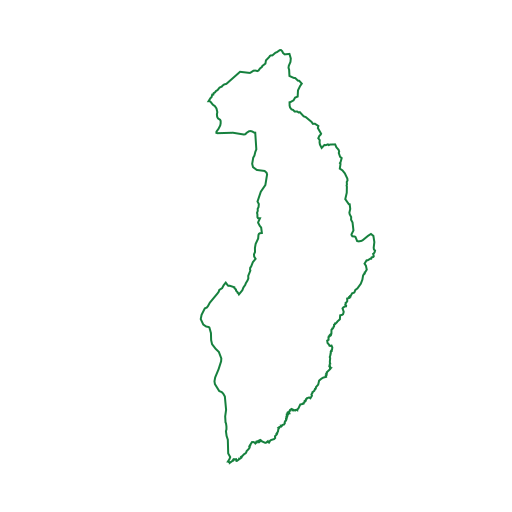 the district of Sekyere East, Ashanti, Ghana, rotated 33°
{"feature_id": "2480657B61321065662810", "entity_name": "Sekyere East", "entity_type": "district", "adm_level": 2, "iso_a3": "GHA", "parent_name": "Ghana", "parent_adm1": "Ashanti", "projection": "equal_earth", "projection_center": [-1.328, 6.78], "detail": "fine", "context": "isolated", "style": "outline", "palette": "green", "viewbox_px": 512, "rotation_deg": 33, "n_neighbors": 0, "source": "geoboundaries", "source_scale": "gbopen_adm2", "svg_char_len": 6133}
<svg xmlns="http://www.w3.org/2000/svg" viewBox="0 0 512 512"><g transform="rotate(33 256 256)"><path d="M142.3,110.2L137.4,127.8L135.9,129.4L135.1,131.5L135.1,132.5L133.7,134.6L133.4,137.8L132.6,139.4L132.5,141.1L131.8,142.5L132.3,143.9L131.4,144.5L132.2,147.0L131.8,148.5L131.9,152.0L132.8,151.4L134.1,151.5L137.4,152.6L139.9,152.7L142.5,153.8L145.2,156.4L146.0,158.4L147.6,160.4L149.2,161.3L151.7,161.3L152.8,162.0L154.1,164.0L154.9,166.0L155.3,169.8L155.1,173.2L155.7,174.3L156.8,174.0L169.5,165.2L179.7,160.7L180.8,159.6L181.0,158.0L182.2,155.2L183.5,154.1L185.2,153.6L187.4,153.5L188.2,153.0L198.2,166.4L198.7,169.0L200.0,172.7L200.1,175.0L202.6,180.8L205.1,183.1L209.8,183.4L216.9,180.0L219.5,180.4L220.9,181.6L225.2,191.4L225.0,199.4L227.6,209.5L230.1,210.9L231.5,213.6L231.7,215.5L232.9,217.2L233.4,219.3L234.4,220.2L236.1,222.7L237.1,223.2L238.8,222.2L239.4,226.4L239.6,226.9L242.8,228.7L244.8,229.3L248.4,233.5L246.7,235.0L246.4,235.9L246.6,237.0L248.3,240.2L249.1,246.0L250.7,249.8L253.0,253.2L253.4,255.7L254.8,257.5L257.2,258.6L256.7,262.8L257.7,267.7L257.5,268.8L258.3,270.5L259.2,271.3L260.3,276.9L261.8,279.0L262.2,281.1L262.3,284.5L262.7,286.0L262.6,289.3L263.2,292.2L262.6,297.5L261.4,296.8L260.7,296.9L260.2,296.4L258.1,295.9L257.4,295.0L255.6,294.8L254.9,294.0L250.0,295.3L249.6,295.8L248.6,296.1L245.1,294.8L244.8,298.3L245.1,301.4L243.7,304.5L244.2,306.2L244.1,308.4L242.7,320.3L243.0,324.2L242.8,326.1L241.6,327.8L242.4,335.0L244.0,339.0L249.1,342.2L252.6,342.3L255.1,341.3L255.9,341.4L260.2,345.2L264.2,351.0L267.2,353.9L272.6,355.8L277.1,356.7L282.7,360.8L284.1,363.3L286.3,371.4L287.9,380.1L289.4,383.7L291.3,385.8L298.7,389.3L301.4,388.8L303.5,389.3L306.4,390.8L314.7,401.3L317.5,407.3L321.1,412.2L321.9,412.6L324.0,415.0L325.6,417.4L326.2,419.3L329.3,422.9L332.4,425.4L340.2,436.7L343.9,438.7L344.4,441.0L344.4,443.7L345.0,443.4L345.6,443.7L346.6,443.0L346.8,443.4L347.9,440.5L347.8,440.1L348.3,439.9L347.9,438.6L348.6,438.2L348.9,438.4L349.9,437.3L351.2,438.5L351.6,438.2L352.5,435.8L352.2,435.1L353.1,434.5L353.6,432.9L352.9,432.5L353.4,431.5L354.0,428.5L354.7,427.2L354.8,426.2L354.4,424.8L355.0,421.7L355.0,420.1L354.1,419.5L354.0,418.5L354.4,418.5L354.4,418.1L354.0,416.9L354.0,414.2L355.4,413.3L357.1,413.4L357.3,412.6L357.7,413.1L357.9,412.4L357.5,411.3L357.9,411.1L359.0,409.2L359.6,410.8L360.0,410.5L359.8,409.5L360.4,409.1L360.0,408.4L360.2,407.9L362.1,408.2L365.3,407.7L366.0,407.3L366.8,404.9L367.9,405.6L368.6,405.4L368.4,403.3L368.8,402.2L370.9,399.7L371.2,398.2L370.1,396.8L370.6,394.3L370.4,393.4L370.0,393.5L370.0,391.2L369.1,389.2L369.1,388.0L368.3,387.9L368.8,386.5L370.0,385.5L370.1,385.0L369.5,384.6L370.2,384.2L370.2,383.3L371.3,382.0L371.2,380.4L370.6,379.9L370.4,378.3L370.8,377.8L370.4,376.2L370.0,376.4L369.5,375.7L369.8,374.3L369.6,373.4L369.4,373.1L368.9,373.3L369.1,372.1L368.7,372.4L368.0,372.0L368.4,370.8L367.8,370.4L367.8,370.0L368.9,369.6L368.2,369.3L368.8,368.6L368.5,368.1L368.8,367.4L368.4,366.7L369.1,364.9L370.7,364.7L370.8,365.5L372.0,364.9L372.7,363.9L373.2,363.9L373.2,363.5L374.1,362.8L374.6,362.8L374.2,362.0L374.6,360.9L374.0,356.4L375.5,354.9L375.5,354.4L376.3,354.0L376.1,353.2L376.3,352.6L375.7,351.1L376.0,350.4L376.5,350.7L376.6,350.3L375.9,348.8L376.4,347.8L376.2,347.5L377.6,345.7L379.1,345.7L379.0,342.7L377.9,341.9L377.9,340.0L377.5,339.6L378.3,337.3L377.9,335.5L378.3,335.3L378.3,334.5L377.7,333.4L378.2,330.0L376.8,326.1L377.7,323.2L378.6,321.4L380.6,319.2L379.6,318.2L380.1,317.7L379.9,317.0L379.0,316.6L379.2,315.4L378.7,315.0L379.8,310.3L379.6,309.9L379.8,309.1L379.4,309.2L378.7,308.6L378.6,309.1L378.2,308.6L377.6,308.6L376.7,306.3L376.9,305.9L375.7,304.8L373.8,301.2L372.9,300.6L372.3,298.3L371.8,297.8L371.9,297.2L371.0,295.9L371.2,295.0L370.7,295.0L370.6,294.1L370.9,293.4L369.8,291.1L368.1,290.0L367.2,291.1L366.3,291.2L365.9,290.7L363.4,290.0L361.8,288.2L362.5,286.7L361.1,284.8L361.4,283.6L360.9,283.5L361.1,282.9L360.9,282.3L361.0,281.8L361.8,282.2L362.0,281.8L361.5,280.0L359.5,276.8L359.7,275.8L359.5,275.3L359.9,275.0L359.9,273.9L359.6,273.2L359.8,272.5L358.9,271.1L359.2,270.6L359.1,269.6L359.5,269.6L360.0,267.4L359.9,266.8L360.8,263.4L358.9,259.9L360.4,258.3L360.7,257.4L360.0,255.1L357.1,252.8L357.2,251.7L358.0,249.9L358.9,249.2L358.7,248.6L357.3,248.0L357.2,247.2L356.7,246.4L357.1,245.9L357.1,244.1L355.6,242.0L357.1,240.3L356.5,239.7L357.4,238.9L357.3,238.6L356.7,238.9L356.6,238.3L357.1,237.5L356.9,235.0L358.2,233.3L358.3,232.7L357.8,230.4L358.7,228.0L359.0,222.2L358.1,217.9L356.5,214.2L356.3,212.5L356.7,212.0L356.7,211.3L356.1,210.6L356.4,209.9L356.3,207.1L353.5,204.3L351.2,203.3L351.1,199.4L352.0,198.8L353.4,195.9L354.1,195.5L353.7,194.2L354.9,192.9L354.9,192.1L353.1,190.4L353.4,189.9L353.4,188.2L352.9,186.6L351.4,186.3L350.2,185.0L347.7,179.9L343.5,175.2L340.4,174.9L339.0,178.0L336.9,184.6L336.2,185.9L334.2,187.8L332.7,188.4L329.1,185.9L328.2,185.9L326.1,187.0L324.9,186.5L324.3,185.9L323.8,181.5L318.7,175.3L316.0,173.8L314.6,171.5L311.9,170.0L310.7,168.8L309.4,165.2L306.4,161.6L305.6,162.0L299.9,159.7L297.7,153.6L294.5,148.4L293.6,147.6L293.3,146.5L291.8,144.5L291.6,142.8L290.4,141.3L285.5,138.3L281.8,137.1L278.7,137.1L276.7,132.7L275.8,132.4L275.8,131.2L274.5,127.2L272.5,127.0L269.3,124.5L268.8,123.0L267.3,121.9L264.3,121.1L261.6,119.3L257.4,122.2L256.6,123.4L255.5,123.2L254.1,125.1L252.9,125.6L252.2,129.6L248.9,127.7L247.5,126.2L246.3,124.1L244.1,123.3L243.7,120.6L244.1,119.0L244.0,118.0L238.2,115.0L237.5,113.0L233.3,113.0L231.7,114.2L229.6,113.3L222.1,112.4L219.9,112.9L214.4,111.5L213.7,112.4L211.8,112.4L209.7,113.8L207.6,113.3L205.9,113.7L203.7,112.9L202.3,111.6L200.4,108.8L201.2,107.9L202.7,105.0L202.5,101.9L204.1,99.6L201.0,94.2L200.4,89.4L200.5,86.5L196.8,85.5L195.7,86.1L192.0,85.4L190.6,86.1L186.0,86.8L182.3,81.7L180.8,80.5L179.9,78.6L179.2,74.5L177.6,71.4L174.0,68.3L170.2,71.3L168.0,71.0L166.5,70.0L164.7,69.7L163.8,70.4L162.5,73.7L161.6,74.9L160.5,78.8L159.2,79.7L158.7,80.6L158.7,82.0L157.8,86.5L159.1,89.5L157.8,93.2L158.0,94.3L157.2,96.6L157.1,99.1L156.4,100.2L154.7,100.7L153.0,101.9L151.4,105.5L150.8,106.0L142.3,110.2Z" fill="none" stroke="#15803d" stroke-width="2"/></g></svg>